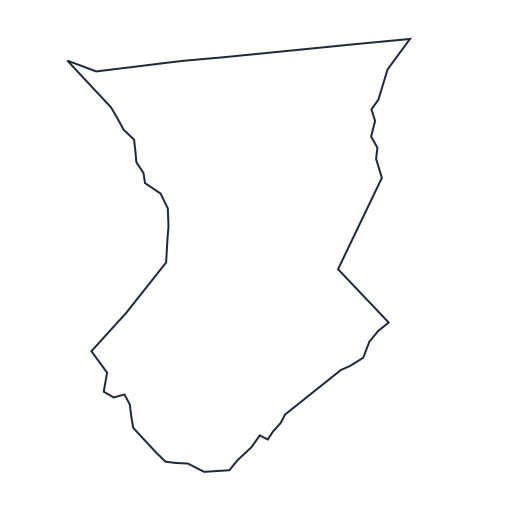 outline of Santa Cruz da Baixa Verde, Pernambuco, Brazil, rotated 175°
{"feature_id": "56859067B75266900672705", "entity_name": "Santa Cruz da Baixa Verde", "entity_type": "district", "adm_level": 2, "iso_a3": "BRA", "parent_name": "Brazil", "parent_adm1": "Pernambuco", "projection": "robinson", "projection_center": [-38.169, -7.844], "detail": "fine", "context": "isolated", "style": "outline", "palette": "slate", "viewbox_px": 512, "rotation_deg": 175, "n_neighbors": 0, "source": "geoboundaries", "source_scale": "gbopen_adm2", "svg_char_len": 859}
<svg xmlns="http://www.w3.org/2000/svg" viewBox="0 0 512 512"><g transform="rotate(175 256 256)"><path d="M129.6,178.1L175.4,235.7L123.8,322.9L127.9,342.4L125.6,353.2L130.9,365.0L125.6,380.1L128.2,392.0L120.5,401.0L108.6,430.5L83.7,458.8L139.2,458.4L274.8,456.8L300.6,456.8L310.7,456.8L330.2,456.2L399.1,453.8L426.9,467.1L387.5,416.7L382.9,407.2L376.9,393.4L367.3,382.5L367.0,369.7L367.0,359.8L360.9,348.6L360.2,338.3L345.6,326.5L339.7,311.0L340.6,293.0L342.4,282.7L346.1,257.4L390.5,210.4L428.3,175.5L414.5,152.8L419.5,134.1L410.1,127.5L399.1,129.5L394.7,119.2L394.2,106.8L393.3,95.5L372.4,68.6L364.1,59.0L353.9,56.8L342.0,55.2L326.5,45.5L301.2,44.9L292.2,54.2L277.1,66.0L267.9,76.9L260.3,72.2L254.5,79.5L245.8,87.7L240.9,95.5L181.3,135.1L171.9,138.3L158.1,145.3L150.5,160.8L140.6,170.9L129.6,178.1Z" fill="none" stroke="#1e293b" stroke-width="2"/></g></svg>